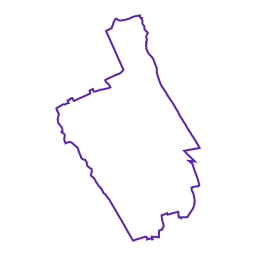 Hoceni, Vaslui, Romania
{"feature_id": "2599482B41865745609486", "entity_name": "Hoceni", "entity_type": "district", "adm_level": 2, "iso_a3": "ROU", "parent_name": "Romania", "parent_adm1": "Vaslui", "projection": "equal_earth", "projection_center": [27.99, 46.533], "detail": "fine", "context": "isolated", "style": "outline", "palette": "violet", "viewbox_px": 256, "rotation_deg": 0, "n_neighbors": 0, "source": "geoboundaries", "source_scale": "gbopen_adm2", "svg_char_len": 5711}
<svg xmlns="http://www.w3.org/2000/svg" viewBox="0 0 256 256"><path d="M152.6,239.3L152.3,238.6L151.9,237.3L151.9,236.7L156.0,236.9L157.6,237.2L159.0,237.2L158.9,234.1L159.1,230.6L162.3,229.4L162.1,228.9L162.5,228.4L162.9,227.8L163.8,225.7L162.2,220.2L162.0,218.9L161.9,217.7L161.7,216.9L161.6,215.7L161.6,215.3L162.8,215.0L167.1,213.2L167.6,214.6L175.1,212.6L178.1,211.8L178.1,212.0L178.2,212.6L178.4,213.2L178.5,214.1L178.6,214.9L178.4,215.9L178.7,216.3L178.8,216.5L178.8,217.3L180.0,217.3L180.6,217.8L180.7,218.0L180.8,218.1L180.9,217.8L180.8,217.3L187.3,217.2L190.1,212.8L192.6,209.1L193.4,207.6L193.6,206.8L193.8,206.1L194.0,205.4L194.4,204.2L194.5,203.8L194.5,203.5L194.3,203.3L194.3,202.9L194.7,202.2L194.8,201.9L194.6,201.2L194.7,200.5L194.6,199.9L194.5,199.5L193.3,193.2L191.9,190.7L191.6,189.1L191.5,187.6L193.0,187.1L195.6,186.5L198.1,186.1L198.3,186.1L198.6,185.8L198.9,185.6L199.2,185.5L199.3,185.2L199.3,184.9L199.1,184.4L199.0,184.1L198.3,181.2L197.8,179.3L197.3,177.9L197.1,177.6L196.6,175.9L194.9,171.5L192.7,164.9L192.2,163.1L190.9,162.7L190.2,161.8L189.0,160.9L193.3,161.2L194.8,161.4L187.4,154.2L184.2,150.8L189.0,149.9L198.7,148.2L198.9,148.1L199.6,147.9L199.4,147.6L198.7,146.3L198.4,145.6L196.8,143.1L195.9,141.4L195.4,140.7L194.8,139.6L193.5,137.5L191.9,135.3L191.2,133.9L188.0,129.1L187.1,127.6L186.7,126.8L186.3,126.3L184.8,123.3L184.3,122.8L183.7,122.0L183.4,121.6L182.3,119.5L181.7,118.6L181.3,117.9L181.0,117.6L180.7,117.1L179.7,115.4L178.6,113.2L178.2,112.1L177.6,111.2L175.6,108.1L175.2,107.2L174.3,105.7L172.9,103.4L172.6,102.9L170.4,99.6L168.1,96.3L167.8,95.7L167.5,95.3L166.3,93.1L164.2,89.8L162.2,87.0L160.7,84.3L159.7,81.7L159.1,80.1L158.8,79.0L158.5,78.6L158.4,77.7L157.8,76.3L157.7,75.8L157.3,74.4L156.8,72.6L156.8,72.4L156.9,71.4L156.8,70.3L156.8,69.2L156.8,68.6L156.2,66.8L155.3,64.5L154.6,63.0L154.5,62.6L154.4,62.1L154.3,61.9L154.1,61.5L154.1,61.0L154.0,60.7L153.4,59.7L153.3,59.2L153.0,58.8L152.8,58.4L152.5,57.8L151.9,57.2L151.7,56.9L151.5,56.7L151.3,56.5L150.6,55.7L149.7,54.8L149.0,54.0L148.4,53.2L147.7,51.9L147.5,51.2L147.4,51.0L147.1,50.6L146.4,49.3L146.4,48.4L146.5,48.0L146.3,47.2L146.2,46.5L146.0,44.8L146.2,44.1L146.6,43.6L146.7,43.4L146.6,43.1L146.2,42.7L146.0,42.1L146.1,41.5L146.6,41.1L146.8,40.1L146.7,39.3L146.9,38.9L146.5,38.1L146.3,37.6L146.1,36.7L146.8,34.8L147.6,33.6L147.8,33.2L147.7,32.8L147.4,32.6L147.0,31.9L146.7,31.6L146.4,31.2L146.2,31.1L145.5,30.6L145.3,30.3L144.6,29.3L144.5,29.1L144.4,28.7L144.4,28.4L144.4,26.8L143.8,25.5L143.2,24.9L142.9,24.5L142.6,23.9L142.4,23.2L142.3,22.7L142.5,21.2L142.1,20.3L142.0,19.6L141.7,18.6L141.9,18.0L141.2,17.9L140.5,17.8L140.3,17.6L140.1,17.3L139.9,17.0L140.0,16.3L139.9,15.4L138.8,15.7L135.6,16.2L134.6,16.4L131.4,17.5L130.9,17.9L130.5,18.1L130.3,18.3L128.8,18.8L126.7,19.3L125.0,19.9L123.9,20.1L121.9,20.3L120.7,20.6L119.7,20.5L117.9,20.0L117.0,19.1L116.5,18.8L115.6,18.8L114.2,21.1L113.5,22.5L113.0,24.7L112.7,25.6L112.0,26.6L111.6,28.3L110.3,28.6L109.1,29.5L108.5,29.8L107.6,30.2L106.7,30.6L106.0,31.0L110.0,39.7L111.0,42.2L111.9,44.0L112.8,46.1L113.8,48.2L115.5,52.1L118.3,58.5L119.9,61.8L120.1,62.6L120.6,63.4L122.3,67.5L123.4,69.9L123.3,70.0L122.8,70.7L120.3,73.1L118.3,74.1L117.2,74.4L115.8,75.0L113.9,75.8L106.5,79.3L105.2,80.2L105.2,80.4L105.6,81.2L106.2,82.1L107.2,83.1L107.9,83.5L108.4,84.0L109.7,85.9L110.4,87.2L108.4,88.2L107.6,88.3L106.8,88.6L106.4,88.7L105.0,88.8L103.4,89.3L102.2,89.6L101.4,89.7L101.1,89.7L100.7,89.7L99.7,89.9L99.4,90.0L98.9,90.3L98.2,90.6L97.7,90.7L97.0,91.0L96.1,91.3L93.8,91.7L93.5,90.9L93.2,90.1L93.0,89.8L92.8,89.8L92.7,89.6L92.7,89.1L89.6,90.6L89.8,91.3L89.8,91.6L90.3,93.5L89.2,94.0L88.6,94.2L85.4,95.8L84.7,96.0L82.8,96.9L81.3,97.5L78.2,98.9L76.7,99.7L73.9,100.9L72.9,99.5L72.9,99.4L72.6,98.5L72.4,98.2L71.7,98.5L71.4,98.2L70.9,98.5L70.2,98.7L69.5,99.2L69.7,99.6L68.2,100.4L67.7,100.4L68.0,101.6L68.4,102.6L68.6,103.0L67.2,103.3L66.0,103.9L65.2,104.4L63.4,104.4L62.9,104.4L59.8,106.3L58.0,107.3L56.5,108.1L56.4,108.6L56.5,108.7L57.1,110.7L57.5,111.0L57.6,111.3L57.7,111.9L58.5,113.3L58.8,113.6L58.9,113.9L58.8,114.7L58.3,116.1L58.2,116.4L58.2,116.9L58.0,118.3L57.7,119.0L57.6,119.4L58.2,121.9L58.2,122.7L58.4,123.2L58.7,123.7L59.8,124.8L61.8,127.5L62.1,128.1L62.3,129.0L62.3,129.7L62.5,130.8L62.5,131.2L62.4,131.3L61.5,131.8L61.4,131.9L61.5,132.2L62.0,132.6L63.0,133.1L64.0,133.7L64.5,134.5L64.7,135.2L64.8,135.4L64.8,135.7L64.7,136.2L64.4,137.0L64.3,138.7L64.2,139.2L64.6,140.9L64.9,141.6L65.1,142.0L65.3,142.6L65.5,143.3L66.2,142.9L67.6,142.5L68.3,142.4L68.7,142.1L69.3,142.0L71.0,142.2L72.2,143.1L73.3,143.9L73.9,144.7L75.0,145.4L76.3,146.7L77.3,147.4L77.9,148.7L79.8,154.1L80.7,156.0L81.1,157.6L81.9,158.6L82.8,159.2L83.9,159.6L84.9,159.6L86.1,161.3L86.6,162.0L87.0,165.1L87.4,165.8L88.4,166.9L90.1,168.2L91.5,168.8L91.7,170.2L91.8,171.9L91.5,173.1L90.8,174.6L90.8,175.1L91.2,175.9L93.3,177.5L94.1,178.3L95.3,180.2L95.5,181.1L98.1,184.9L98.7,185.9L99.4,186.5L100.4,187.9L100.9,188.1L101.4,188.8L101.7,189.3L101.8,190.0L102.0,190.4L102.6,190.9L102.7,191.2L103.0,192.3L103.4,192.9L103.8,193.2L105.1,194.1L105.8,195.0L106.2,195.3L106.3,195.5L106.9,196.7L107.9,197.7L108.2,198.1L108.3,198.4L108.5,198.8L109.2,199.5L109.5,199.9L112.4,205.0L114.8,209.0L115.4,210.0L115.7,210.6L118.1,214.8L118.9,215.9L119.0,216.4L120.0,217.9L121.9,221.1L122.1,221.7L122.6,222.4L124.6,225.8L125.2,227.0L126.6,229.4L127.0,230.3L127.5,231.0L127.7,231.5L130.9,236.9L133.0,240.6L134.4,240.2L135.3,239.8L142.5,237.6L144.4,237.0L144.8,236.7L145.3,236.6L145.5,236.6L146.5,237.1L147.0,237.6L147.2,237.8L147.3,238.2L147.2,238.4L147.0,238.5L146.9,238.7L147.1,238.8L147.4,238.7L147.7,239.1L147.6,239.3L150.8,238.4L152.0,239.5L152.6,239.3Z" fill="none" stroke="#5b21b6" stroke-width="2"/></svg>